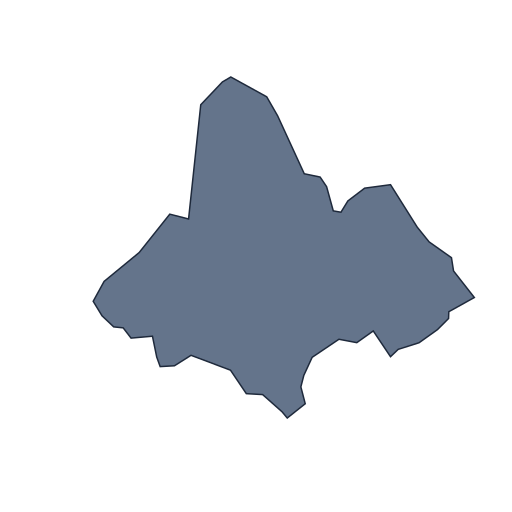 Elbasan, Elbasan, Albania (Albers equal-area conic projection), rotated 236°
{"feature_id": "67620474B34590160208903", "entity_name": "Elbasan", "entity_type": "district", "adm_level": 2, "iso_a3": "ALB", "parent_name": "Albania", "parent_adm1": "Elbasan", "projection": "albers", "projection_center": [20.009, 41.064], "detail": "fine", "context": "isolated", "style": "filled", "palette": "slate", "viewbox_px": 512, "rotation_deg": 236, "n_neighbors": 0, "source": "geoboundaries", "source_scale": "gbopen_adm2", "svg_char_len": 774}
<svg xmlns="http://www.w3.org/2000/svg" viewBox="0 0 512 512"><g transform="rotate(236 256 256)"><path d="M106.0,214.2L122.4,220.0L130.3,228.9L140.6,245.9L140.6,278.2L127.8,291.1L128.3,311.3L97.3,311.2L99.1,321.7L92.9,342.7L93.5,365.3L96.5,380.7L102.0,384.7L99.5,413.8L133.1,411.4L145.3,417.1L170.9,407.4L189.8,405.8L239.9,407.4L251.5,384.0L250.3,363.0L244.8,350.9L250.2,345.3L274.0,353.3L285.6,353.3L297.2,342.0L360.0,352.3L382.0,353.9L418.5,335.2L419.1,325.5L412.3,294.8L324.4,220.8L338.9,207.9L324.2,161.1L319.9,115.9L309.5,95.7L292.5,94.9L276.8,98.4L270.7,105.7L257.8,106.5L247.4,125.3L227.8,117.2L217.9,114.7L210.6,127.0L210.0,146.6L175.6,171.0L147.3,171.0L137.4,184.0L112.2,190.5L104.2,191.3L106.0,214.2Z" fill="#64748b" stroke="#1e293b" stroke-width="1.5"/></g></svg>